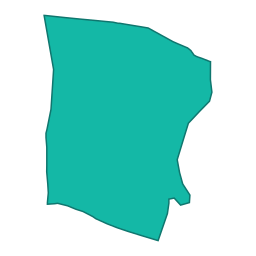 the district of Abu Karinka, Eastern Darfur, Sudan
{"feature_id": "16777658B5227660159889", "entity_name": "Abu Karinka", "entity_type": "district", "adm_level": 2, "iso_a3": "SDN", "parent_name": "Sudan", "parent_adm1": "Eastern Darfur", "projection": "albers", "projection_center": [26.599, 11.574], "detail": "fine", "context": "isolated", "style": "filled", "palette": "teal", "viewbox_px": 256, "rotation_deg": 0, "n_neighbors": 0, "source": "geoboundaries", "source_scale": "gbopen_adm2", "svg_char_len": 1081}
<svg xmlns="http://www.w3.org/2000/svg" viewBox="0 0 256 256"><path d="M158.1,240.6L167.4,213.6L168.9,203.1L168.9,199.1L174.2,198.1L180.6,205.1L189.4,202.6L189.9,195.1L182.8,184.1L182.6,183.6L179.6,172.7L177.2,159.7L184.8,134.8L188.4,123.2L199.7,111.2L209.5,101.2L211.9,92.2L210.4,79.7L210.5,61.7L210.3,61.7L201.7,58.3L201.1,58.1L200.5,57.9L197.8,57.0L195.9,56.2L195.6,56.0L194.0,55.1L193.5,54.4L192.3,52.6L192.0,52.3L190.9,50.6L188.6,48.7L187.4,47.8L186.8,47.6L183.5,46.2L182.1,45.6L178.3,44.0L172.6,41.5L172.0,41.1L170.3,40.2L160.5,34.8L153.4,30.9L148.2,28.0L139.9,26.6L131.9,25.3L121.6,23.6L120.6,23.4L119.6,23.3L118.4,23.3L117.6,23.2L116.8,23.0L113.6,22.3L113.1,22.2L104.6,21.4L95.4,20.5L81.3,19.2L65.2,17.6L44.5,15.4L44.4,15.4L44.1,15.4L53.6,69.5L51.0,109.3L47.0,129.3L46.0,133.2L46.0,137.6L46.8,147.4L46.8,147.6L46.8,165.6L46.7,171.7L47.8,184.3L48.3,192.9L47.4,202.6L47.4,204.2L54.8,203.7L57.6,203.3L67.6,205.8L75.8,209.2L83.0,211.5L93.0,216.7L95.8,218.7L107.1,223.8L117.1,227.7L128.0,231.4L142.5,235.9L158.1,240.6Z" fill="#14b8a6" stroke="#0f766e" stroke-width="1.5"/></svg>